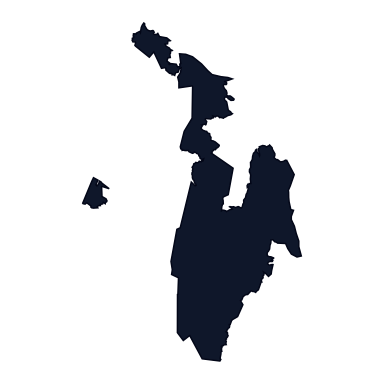 outline of Silacayoápam, Oaxaca, Mexico
{"feature_id": "50627088B16315495781471", "entity_name": "Silacayoápam", "entity_type": "district", "adm_level": 2, "iso_a3": "MEX", "parent_name": "Mexico", "parent_adm1": "Oaxaca", "projection": "natural_earth1", "projection_center": [-98.148, 17.589], "detail": "fine", "context": "isolated", "style": "filled", "palette": "ink", "viewbox_px": 384, "rotation_deg": 0, "n_neighbors": 0, "source": "geoboundaries", "source_scale": "gbopen_adm2", "svg_char_len": 5992}
<svg xmlns="http://www.w3.org/2000/svg" viewBox="0 0 384 384"><path d="M177.5,294.5L177.4,332.6L183.3,340.5L189.7,335.5L202.2,358.8L219.9,361.0L220.2,360.6L219.9,360.3L220.8,359.5L220.1,358.3L221.0,353.7L220.7,352.6L221.9,351.2L221.5,350.5L221.6,349.6L221.3,349.2L222.0,347.2L221.7,347.0L221.9,346.7L221.3,346.6L221.4,346.3L222.2,346.1L222.3,345.7L223.3,345.6L223.6,344.9L226.2,344.6L226.0,344.1L225.9,342.3L226.3,341.8L225.6,339.7L225.8,339.2L226.4,339.1L226.4,338.1L227.4,337.1L228.1,335.7L227.4,334.2L227.6,333.0L227.3,332.5L226.8,332.6L226.0,331.9L226.5,331.6L226.3,331.3L226.9,330.7L226.9,330.0L227.6,329.4L228.2,328.2L229.3,327.6L229.6,326.6L229.3,324.7L230.1,324.7L231.6,320.6L232.5,319.6L237.6,316.6L242.9,304.7L240.5,300.7L241.8,299.9L243.1,296.6L245.6,294.7L247.7,294.5L250.9,291.0L251.3,290.8L252.3,291.4L254.2,291.6L255.7,292.4L256.3,291.4L258.4,289.8L261.1,282.0L261.8,282.0L261.2,280.2L261.7,279.7L261.6,279.0L263.0,278.0L263.1,277.0L262.8,276.9L262.6,276.0L263.8,275.1L264.1,273.2L263.6,272.1L265.3,273.1L268.5,276.4L271.2,274.0L271.6,270.8L273.0,264.6L272.2,264.5L271.5,265.1L271.0,264.6L270.1,265.2L269.0,265.0L267.6,263.8L268.0,262.5L269.1,261.6L270.0,261.7L271.4,260.7L271.9,261.6L272.4,261.4L272.9,260.2L271.9,258.6L273.6,258.2L273.6,257.9L270.9,256.8L269.3,256.7L267.4,255.8L267.1,253.7L267.5,252.2L268.5,251.1L269.6,249.1L270.0,245.3L270.8,243.1L271.0,239.9L272.9,239.7L274.6,241.7L276.4,242.2L277.6,243.1L285.6,243.5L287.8,248.6L291.4,254.1L297.0,257.0L301.3,256.0L298.8,246.7L298.8,241.1L296.2,233.4L294.4,226.2L291.3,219.6L291.3,216.4L293.5,210.3L290.8,209.6L289.1,201.8L288.7,197.5L288.6,192.0L288.3,190.5L290.3,185.8L294.2,174.6L286.9,160.7L286.7,160.9L286.0,160.2L285.4,160.2L283.4,161.4L280.5,161.9L277.8,159.8L277.0,159.5L276.3,159.7L274.2,157.7L274.1,157.1L274.8,155.7L274.9,153.8L272.4,149.3L272.1,147.7L269.6,145.0L269.1,145.6L266.3,146.9L265.0,145.9L262.7,145.5L259.3,146.8L259.7,147.6L258.2,149.0L258.8,150.3L258.7,151.1L259.3,152.6L259.7,155.1L259.5,155.9L258.7,154.1L258.0,153.0L257.4,152.8L257.0,151.7L256.9,150.3L256.4,149.4L255.5,150.2L255.3,151.5L253.5,153.3L252.6,156.4L252.3,159.4L251.1,161.8L250.5,162.3L250.7,167.4L249.5,169.6L249.4,171.9L250.3,173.7L250.7,175.2L250.3,179.0L250.9,183.5L249.2,183.6L249.1,184.5L247.9,184.2L247.1,185.7L247.2,186.8L247.4,186.5L248.0,186.7L248.2,189.0L246.9,193.4L246.2,194.2L245.5,197.7L243.7,200.0L243.6,201.1L243.8,201.6L243.6,203.3L243.0,203.9L242.1,207.3L241.1,208.1L238.7,206.7L238.1,206.6L235.6,207.5L234.3,207.1L233.8,206.7L231.9,206.9L229.9,206.6L229.6,206.8L231.9,208.2L232.4,209.2L229.9,209.7L226.5,211.6L226.0,210.9L224.1,210.3L222.7,210.1L221.5,210.8L221.8,206.5L222.2,205.6L222.2,204.6L223.3,203.9L223.1,200.2L222.7,199.0L223.0,197.5L223.4,196.9L228.2,194.7L233.1,168.2L211.3,153.1L212.1,152.6L212.1,151.2L213.2,150.7L213.7,149.7L215.4,149.7L216.0,148.9L215.9,148.3L217.4,147.8L218.4,146.9L219.2,145.8L219.2,145.2L215.2,141.9L212.9,140.8L211.9,140.8L210.8,140.0L211.0,137.4L209.9,135.7L209.6,133.6L207.6,133.0L206.7,131.4L205.6,131.3L202.6,130.1L200.9,128.2L202.1,126.2L201.5,125.1L202.4,125.1L202.6,124.6L203.1,124.8L204.6,124.1L205.7,124.8L206.0,124.4L206.7,121.5L205.4,120.0L205.4,118.8L206.1,118.6L210.8,119.0L212.0,118.1L213.4,117.8L213.6,117.1L213.0,116.0L215.5,116.9L216.6,115.8L218.4,116.3L219.7,117.7L220.7,117.4L223.5,118.2L224.3,117.3L225.5,117.0L227.7,115.6L230.8,114.8L232.4,113.7L231.3,113.0L230.5,111.6L229.4,111.1L228.2,109.8L226.8,102.5L226.4,101.4L225.9,101.3L224.7,100.0L224.4,98.3L225.1,97.0L226.5,97.1L227.5,97.5L228.2,98.6L231.0,100.4L233.5,100.2L234.0,99.6L234.0,98.9L231.2,96.6L230.0,95.9L228.0,96.0L227.1,95.6L226.6,94.4L227.0,93.2L226.3,90.7L224.7,88.9L223.6,87.0L223.4,85.1L224.1,84.3L226.0,84.6L226.6,84.0L226.7,83.0L226.2,82.3L225.2,82.0L224.8,81.5L232.2,78.9L227.9,77.5L221.0,76.7L212.1,74.6L207.8,70.7L201.5,63.9L192.6,56.8L185.8,54.3L179.5,53.8L180.8,63.6L179.8,64.1L180.0,65.7L179.7,66.5L177.6,66.9L176.2,64.2L170.8,63.6L169.6,64.5L169.1,64.4L169.0,63.7L169.5,62.9L167.0,61.1L167.3,59.8L167.9,57.9L170.3,57.5L169.8,54.5L170.5,53.1L170.5,51.4L170.7,50.9L172.2,50.5L171.7,50.0L170.7,49.9L169.3,48.0L166.2,46.3L165.0,44.1L167.6,43.8L167.8,41.7L168.3,40.8L168.9,40.5L169.8,40.9L170.3,40.7L166.8,37.9L159.5,36.6L157.8,33.4L156.7,34.4L154.1,34.5L153.6,34.0L153.5,33.1L154.2,32.3L153.5,30.9L152.9,30.5L150.4,31.0L148.7,30.6L147.0,29.6L144.6,25.5L144.7,23.8L143.8,23.0L142.3,25.1L141.3,27.3L140.4,32.8L139.6,31.5L136.4,33.1L136.3,33.9L133.5,33.8L133.2,36.1L133.7,36.7L133.7,37.5L132.3,38.3L132.5,39.2L132.1,40.2L132.9,41.9L135.4,42.0L135.6,42.9L134.9,45.4L135.5,46.1L149.3,57.2L153.8,51.9L161.5,68.3L164.7,67.7L165.9,68.3L165.9,70.1L169.5,73.3L170.8,73.6L171.0,73.3L172.2,73.9L172.1,74.8L173.5,74.7L174.7,75.4L175.5,72.8L178.2,72.1L179.4,68.5L181.2,67.8L180.5,72.6L177.7,77.1L178.9,82.0L178.9,87.8L192.1,85.9L192.6,86.7L192.1,118.2L184.2,131.3L180.3,146.8L180.8,148.9L181.9,149.3L182.1,150.4L183.0,150.1L185.2,150.6L188.3,150.5L189.0,151.7L192.4,153.3L193.7,152.9L194.4,151.9L196.1,152.8L196.8,153.5L197.8,153.6L198.7,154.9L198.9,155.9L199.6,156.1L200.2,158.5L200.5,158.7L202.1,159.4L203.7,158.7L203.2,160.7L202.7,161.1L201.9,160.3L201.0,161.8L199.5,161.2L199.1,161.3L198.6,162.3L197.2,162.8L195.8,162.4L195.3,163.1L193.7,163.9L193.5,165.3L192.1,167.3L192.9,168.7L192.4,170.4L192.8,171.5L192.1,172.5L191.9,174.2L192.4,175.6L192.4,177.9L193.1,179.6L193.9,180.3L194.6,182.9L195.8,184.2L196.1,185.4L195.1,185.8L191.3,182.1L180.2,227.8L176.9,229.3L171.0,261.5L172.3,269.7L171.6,274.5L178.5,277.8L177.9,294.4L177.5,294.5ZM91.7,181.5L82.7,203.2L83.1,203.7L85.1,204.1L86.5,203.0L87.2,203.1L90.9,205.9L90.9,207.1L91.7,207.8L93.4,208.1L97.8,207.8L97.2,206.7L98.6,205.6L100.4,205.6L100.3,204.4L102.7,203.9L103.3,202.3L105.2,203.7L105.5,202.3L106.5,201.9L107.0,200.9L106.0,198.8L102.0,196.5L101.6,186.7L101.9,186.4L109.2,188.7L101.9,183.1L100.9,181.8L99.4,181.0L98.7,183.9L97.0,185.9L96.0,184.8L97.9,180.1L93.5,177.7L91.7,181.5Z" fill="#0f172a" stroke="#020617" stroke-width="1.5"/></svg>